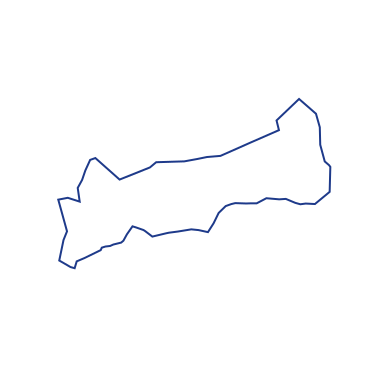 Ede North, Osun, Nigeria (Mercator projection), rotated 318°
{"feature_id": "59680162B47259322211203", "entity_name": "Ede North", "entity_type": "district", "adm_level": 2, "iso_a3": "NGA", "parent_name": "Nigeria", "parent_adm1": "Osun", "projection": "mercator", "projection_center": [4.479, 7.716], "detail": "fine", "context": "isolated", "style": "outline", "palette": "blue", "viewbox_px": 384, "rotation_deg": 318, "n_neighbors": 0, "source": "geoboundaries", "source_scale": "gbopen_adm2", "svg_char_len": 968}
<svg xmlns="http://www.w3.org/2000/svg" viewBox="0 0 384 384"><g transform="rotate(318 192 192)"><path d="M275.3,283.2L294.4,284.0L311.6,265.9L311.8,263.8L311.1,258.1L318.9,242.7L330.3,229.4L336.5,216.8L333.8,194.5L302.7,195.4L298.0,204.2L269.4,194.7L237.3,184.2L226.5,176.0L218.0,171.0L206.8,164.1L185.3,145.9L177.2,145.6L146.5,134.3L142.9,102.1L137.8,100.0L127.2,104.6L118.4,109.5L109.8,112.5L102.1,124.0L95.8,113.2L87.5,108.2L72.8,137.6L64.4,141.7L47.5,154.1L51.5,166.5L53.8,170.1L59.9,166.4L67.8,169.1L85.3,174.1L87.7,173.0L91.2,174.6L95.0,177.3L98.4,178.4L105.5,182.2L108.4,182.3L115.3,179.9L124.8,177.7L126.6,180.7L130.5,187.8L131.0,189.6L132.7,198.6L145.0,205.3L147.6,206.8L155.0,211.9L166.5,219.3L171.4,224.7L177.0,232.5L187.1,229.7L197.8,225.4L207.6,225.0L213.2,227.3L216.7,229.2L224.6,236.8L227.8,239.5L232.5,243.7L243.1,246.4L251.9,255.8L257.1,259.9L261.5,269.2L264.3,273.6L268.8,276.7L275.3,283.2Z" fill="none" stroke="#1e3a8a" stroke-width="2"/></g></svg>